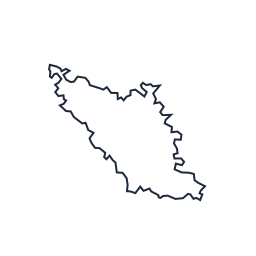 the district of Yakkabag, Kashkadarya, Uzbekistan, rotated 214°
{"feature_id": "79887680B77871690978000", "entity_name": "Yakkabag", "entity_type": "district", "adm_level": 2, "iso_a3": "UZB", "parent_name": "Uzbekistan", "parent_adm1": "Kashkadarya", "projection": "natural_earth1", "projection_center": [66.844, 38.854], "detail": "fine", "context": "isolated", "style": "outline", "palette": "slate", "viewbox_px": 256, "rotation_deg": 214, "n_neighbors": 0, "source": "geoboundaries", "source_scale": "gbopen_adm2", "svg_char_len": 1639}
<svg xmlns="http://www.w3.org/2000/svg" viewBox="0 0 256 256"><g transform="rotate(214 128 128)"><path d="M228.1,136.7L226.3,132.6L223.9,131.4L221.5,127.0L219.3,126.9L219.2,131.5L217.3,133.4L210.7,131.5L210.9,126.7L212.6,123.2L208.0,122.0L208.4,117.1L203.5,115.6L199.8,119.0L197.2,116.0L194.7,116.2L194.8,112.1L197.1,108.7L188.9,107.4L184.7,109.7L179.0,106.8L168.4,106.2L166.1,108.6L159.9,104.1L153.9,104.7L154.1,98.0L150.3,95.4L144.3,93.1L140.4,95.4L133.0,94.7L131.5,90.6L128.5,90.0L127.8,94.8L122.7,92.8L119.1,92.4L112.4,84.9L107.4,87.8L101.2,85.7L96.6,80.8L93.5,75.0L91.5,76.3L88.7,77.3L85.5,78.1L85.1,86.2L80.0,84.6L76.3,89.8L73.3,88.4L65.3,89.3L63.8,87.7L62.0,88.2L60.9,91.2L57.3,94.1L49.1,95.7L43.1,100.6L41.5,106.9L39.1,107.8L34.1,105.9L32.4,108.2L27.9,108.6L29.2,114.5L32.1,113.9L32.7,116.7L31.6,122.8L39.0,121.8L43.6,121.9L47.7,126.7L52.3,125.1L58.8,121.1L66.2,119.8L68.4,125.3L62.5,127.3L62.6,131.3L66.9,132.5L72.4,128.7L75.4,131.6L72.8,134.8L76.0,138.4L81.2,140.9L82.8,144.7L77.7,147.8L80.0,152.4L85.0,152.7L89.6,148.8L92.1,153.4L100.2,152.4L101.3,155.9L99.7,163.0L106.5,158.0L110.2,159.2L110.3,165.6L116.0,167.1L119.9,163.2L121.0,167.7L126.4,170.7L125.4,181.0L130.7,176.4L133.6,177.0L137.0,173.8L141.0,173.7L141.3,170.6L138.5,168.9L132.6,168.3L132.0,163.3L143.4,163.9L146.8,160.4L144.3,156.6L146.7,153.1L147.1,148.5L150.8,149.5L152.6,146.3L156.3,151.1L161.6,147.7L168.4,150.0L169.9,146.0L173.5,145.2L183.5,142.2L186.6,144.4L191.5,145.7L198.5,142.4L198.7,136.3L201.3,134.0L206.3,133.5L211.3,136.0L208.5,142.7L212.5,142.3L214.8,137.9L217.1,139.4L221.4,139.1L228.1,136.7Z" fill="none" stroke="#1e293b" stroke-width="2"/></g></svg>